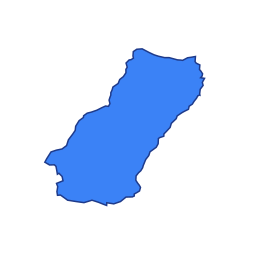 the district of Amargeti, Paphos, Cyprus, rotated 234°
{"feature_id": "46923920B2584944489966", "entity_name": "Amargeti", "entity_type": "district", "adm_level": 2, "iso_a3": "CYP", "parent_name": "Cyprus", "parent_adm1": "Paphos", "projection": "equal_earth", "projection_center": [32.584, 34.817], "detail": "fine", "context": "isolated", "style": "filled", "palette": "blue", "viewbox_px": 256, "rotation_deg": 234, "n_neighbors": 0, "source": "geoboundaries", "source_scale": "gbopen_adm2", "svg_char_len": 1680}
<svg xmlns="http://www.w3.org/2000/svg" viewBox="0 0 256 256"><g transform="rotate(234 128 128)"><path d="M69.3,93.1L70.9,94.2L70.5,97.8L70.3,100.3L72.6,103.2L75.0,103.5L77.6,103.4L81.1,103.6L84.5,106.4L85.6,110.2L85.9,113.2L87.2,116.4L88.7,118.3L92.1,123.8L93.5,128.6L95.8,131.8L95.8,136.4L95.8,139.5L97.5,143.1L101.6,146.4L101.6,148.0L100.3,152.1L102.1,153.6L102.6,156.7L103.7,162.4L106.3,165.8L107.2,172.5L108.9,174.9L108.7,180.5L108.4,183.2L107.6,187.9L109.7,190.3L109.5,194.1L110.7,197.0L111.8,200.9L113.0,203.4L112.6,205.4L112.4,205.5L113.7,206.2L116.9,209.2L118.3,213.8L121.2,214.9L123.2,219.1L126.0,216.3L126.5,218.5L128.0,220.2L131.2,220.4L133.3,220.2L136.8,223.2L140.3,221.3L142.3,221.3L145.5,224.0L146.2,224.6L148.0,220.9L149.8,217.5L150.6,212.0L152.2,210.3L154.0,208.1L160.7,202.7L163.4,199.0L168.2,194.8L171.9,192.1L176.8,189.4L183.7,186.0L186.6,181.3L186.6,180.1L186.7,177.2L183.4,174.4L181.3,173.4L181.5,170.6L182.4,168.9L181.7,164.6L177.6,163.1L176.7,160.8L173.9,158.8L172.3,154.5L172.1,149.8L169.8,146.2L170.0,139.9L168.0,137.3L166.7,134.9L164.7,133.4L163.4,131.4L161.7,129.1L158.3,127.7L157.0,124.9L159.0,122.7L159.8,118.8L160.7,113.3L162.4,107.7L164.0,103.7L164.0,100.7L164.0,99.3L162.7,98.1L162.7,92.8L160.2,86.7L157.1,83.9L155.6,79.8L153.5,72.9L149.9,68.0L149.8,62.3L152.2,57.0L153.9,51.6L150.9,44.1L149.2,40.6L144.2,42.8L141.5,46.8L139.3,47.2L135.1,45.2L132.1,43.7L132.0,45.5L127.5,46.2L123.5,44.4L125.2,37.6L121.9,36.7L118.3,33.1L115.0,31.4L113.4,34.0L105.1,36.7L98.9,42.9L93.5,48.5L91.3,54.8L90.8,56.4L85.2,60.5L80.9,63.2L77.9,65.2L80.0,66.9L75.0,71.9L72.9,78.7L73.3,85.8L69.7,91.0L69.3,93.1Z" fill="#3b82f6" stroke="#1e3a8a" stroke-width="1.5"/></g></svg>